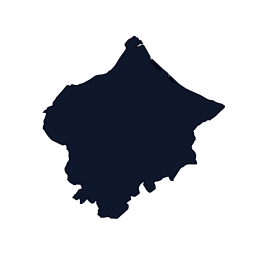 outline of Ivory Coast, rotated 229°
{"feature_id": "CIV", "entity_name": "Ivory Coast", "entity_type": "country or territory", "adm_level": 0, "iso_a3": "CIV", "parent_name": "Africa", "parent_adm1": "", "projection": "natural_earth1", "projection_center": [-5.78, 7.538], "detail": "fine", "context": "isolated", "style": "filled", "palette": "ink", "viewbox_px": 256, "rotation_deg": 229, "n_neighbors": 0, "source": "natural_earth", "source_scale": "50m", "svg_char_len": 3426}
<svg xmlns="http://www.w3.org/2000/svg" viewBox="0 0 256 256"><g transform="rotate(229 128 128)"><path d="M70.9,56.4L71.6,56.4L73.4,55.8L75.0,54.4L76.6,51.5L78.6,49.2L81.0,49.3L81.6,48.9L82.5,48.8L83.4,50.3L84.4,51.5L85.1,51.5L85.6,53.7L89.9,54.7L91.7,55.3L93.2,56.9L93.7,56.9L94.4,56.6L94.9,56.0L95.0,55.4L94.3,53.9L94.6,52.6L95.3,51.5L96.4,51.4L98.0,51.1L99.9,51.1L101.3,51.3L101.9,50.1L101.4,46.8L101.5,45.0L101.7,43.5L102.3,42.9L104.3,44.8L106.3,45.5L107.6,45.6L108.0,45.2L107.4,43.1L107.6,42.5L108.1,42.1L109.0,41.9L111.5,41.1L112.2,44.5L112.0,45.6L112.5,47.8L113.1,49.9L113.1,50.7L112.5,52.0L111.9,53.2L112.0,53.7L113.0,54.5L114.8,55.3L116.8,55.5L117.9,54.3L119.0,53.3L119.8,52.4L120.0,51.1L121.2,50.2L124.8,49.0L128.0,48.8L128.8,49.2L130.2,51.0L132.1,52.3L134.9,52.1L136.9,52.8L138.7,54.2L139.9,57.3L141.2,59.6L141.8,62.7L143.8,64.4L145.4,65.2L147.6,67.5L149.8,68.6L152.2,68.4L153.2,69.6L155.0,70.4L156.7,70.5L158.2,67.8L160.3,66.8L165.4,64.7L167.4,63.7L169.4,63.1L174.3,62.9L178.9,63.5L181.2,64.0L182.7,63.7L184.2,64.9L185.7,67.6L187.0,68.4L188.3,69.4L189.2,71.5L190.3,73.5L190.9,74.4L192.3,76.5L193.5,76.5L194.6,75.6L195.1,75.0L195.4,76.3L194.9,78.5L195.0,79.9L195.7,80.4L195.3,82.2L194.0,85.1L194.0,86.9L195.3,87.4L196.3,89.3L196.8,92.5L197.4,93.6L197.5,94.2L198.5,102.0L199.7,109.7L198.9,110.7L197.9,111.0L197.2,111.4L197.0,112.1L197.4,113.2L197.2,114.1L195.9,114.8L193.0,117.3L192.8,118.3L192.1,120.4L191.4,121.6L190.5,124.0L189.1,130.3L188.5,135.5L188.4,137.1L187.9,138.2L187.2,139.8L184.1,144.3L182.6,148.0L182.8,149.5L182.9,151.1L182.4,152.3L182.5,155.4L182.9,157.9L183.4,160.5L185.7,167.6L186.8,172.0L187.6,175.5L188.2,177.9L188.8,178.8L189.1,179.7L192.4,180.4L193.0,180.9L193.9,185.5L193.8,187.5L193.1,188.3L193.2,190.1L193.0,192.2L192.5,193.1L190.7,193.2L189.4,194.0L187.7,193.7L187.6,193.1L186.7,193.0L184.2,191.7L184.6,187.8L183.5,187.6L182.6,188.1L180.8,192.9L180.0,193.7L167.7,191.2L165.0,189.3L161.8,188.8L156.2,189.0L151.6,189.6L150.3,190.8L161.9,190.1L163.2,190.3L163.8,191.0L149.1,192.5L143.5,193.5L141.8,193.2L140.5,191.7L134.5,191.5L133.2,192.0L132.5,193.1L134.9,192.9L138.6,192.8L139.7,193.7L127.8,194.8L119.6,197.0L116.1,198.5L104.7,203.8L97.7,206.2L95.8,207.1L92.7,209.7L88.6,211.3L84.0,214.3L81.2,214.9L80.6,214.0L80.5,208.9L80.1,202.1L80.2,199.5L80.6,197.1L80.6,195.1L82.0,194.3L82.4,193.4L82.6,190.8L83.9,188.4L83.9,184.2L84.3,183.3L84.6,182.2L84.1,179.5L83.3,174.3L83.0,174.0L82.7,174.2L81.9,174.3L79.1,172.5L76.9,172.2L75.3,170.7L75.2,168.9L74.4,167.9L73.9,165.9L73.1,163.6L71.0,162.2L68.9,161.8L67.4,162.1L65.7,162.0L63.8,161.3L62.4,160.4L61.1,158.7L59.9,157.4L59.0,157.5L57.8,157.2L56.7,156.6L56.3,156.1L61.1,150.7L62.7,148.1L62.9,146.5L62.9,144.9L63.4,143.2L63.6,140.7L60.9,131.5L60.3,128.6L59.6,127.8L59.1,127.5L60.5,126.3L62.3,126.6L65.1,127.5L65.7,126.6L67.9,121.9L67.8,120.2L67.6,119.0L68.8,115.8L69.8,114.6L70.3,113.3L70.2,111.5L69.4,110.8L68.5,110.9L67.3,110.5L65.5,109.4L64.6,108.5L64.9,104.3L65.0,103.0L65.7,102.2L66.7,102.0L69.4,101.9L71.7,102.4L73.7,102.7L74.7,102.7L75.6,103.9L76.7,105.2L77.7,105.2L78.1,104.2L77.9,100.1L77.2,97.9L75.7,95.7L71.8,93.9L71.7,91.4L72.1,88.7L72.9,87.7L75.8,85.9L75.3,85.0L74.4,84.0L72.6,83.0L73.0,79.7L73.1,76.8L71.5,77.1L69.9,77.3L68.6,76.4L67.4,74.6L67.2,69.7L67.2,64.1L67.0,61.6L67.5,60.2L68.8,59.0L70.4,57.4L70.9,56.4ZM186.1,193.8L185.5,194.8L182.4,194.1L183.1,193.2L186.1,193.8Z" fill="#0f172a" stroke="#020617" stroke-width="1.5"/></g></svg>